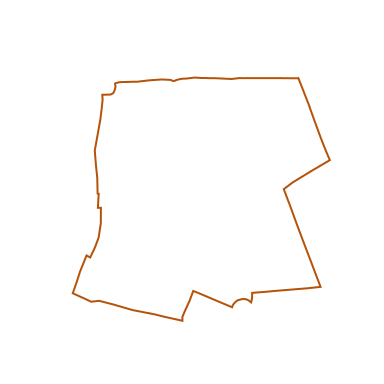 Bistret, Dolj, Romania (Robinson projection), rotated 75°
{"feature_id": "2599482B85941716233040", "entity_name": "Bistret", "entity_type": "district", "adm_level": 2, "iso_a3": "ROU", "parent_name": "Romania", "parent_adm1": "Dolj", "projection": "robinson", "projection_center": [23.492, 43.88], "detail": "fine", "context": "isolated", "style": "outline", "palette": "amber", "viewbox_px": 384, "rotation_deg": 75, "n_neighbors": 0, "source": "geoboundaries", "source_scale": "gbopen_adm2", "svg_char_len": 1713}
<svg xmlns="http://www.w3.org/2000/svg" viewBox="0 0 384 384"><g transform="rotate(75 192 192)"><path d="M313.9,163.5L310.7,161.7L309.0,161.1L305.0,160.0L305.2,158.9L307.8,144.8L308.7,139.3L314.8,105.8L316.2,97.0L316.5,95.0L316.9,92.4L287.1,95.4L266.7,97.5L250.3,99.1L227.4,101.1L227.1,101.2L213.0,102.6L208.7,92.0L205.7,81.7L202.3,70.2L197.0,51.0L196.9,50.6L192.9,51.2L187.0,52.0L175.0,53.4L167.8,54.1L163.1,54.5L155.5,55.2L148.2,55.8L139.7,56.5L139.7,56.4L132.4,57.2L117.2,58.9L109.5,59.8L109.6,60.1L108.9,62.8L104.0,80.4L96.0,110.2L95.6,112.0L94.2,116.8L93.6,121.1L93.0,125.0L92.5,126.2L91.8,128.6L90.1,133.8L88.0,140.4L86.9,144.6L85.7,148.5L85.2,150.2L84.8,151.8L84.2,153.8L83.4,156.0L82.7,158.3L82.2,159.5L81.6,163.6L81.0,167.8L80.6,169.8L80.1,171.9L79.9,174.4L79.8,175.7L79.8,176.7L79.8,178.5L80.0,179.0L80.2,180.6L79.5,182.0L78.9,182.9L78.4,183.3L78.1,183.9L77.6,185.4L77.0,187.3L76.1,190.2L75.5,192.0L73.6,201.7L72.8,206.1L72.2,210.3L71.3,216.4L70.6,219.1L70.3,220.0L69.9,221.9L69.4,224.1L67.4,232.4L67.2,233.9L67.1,235.0L67.1,236.9L67.3,238.2L67.9,238.5L70.1,238.5L73.0,239.9L76.1,242.4L76.8,245.3L74.9,253.5L79.5,254.4L79.8,254.5L87.2,257.3L98.8,262.0L126.8,275.2L141.0,277.8L154.0,279.9L169.1,283.6L169.6,282.6L182.9,287.0L183.7,284.1L198.7,288.2L202.5,289.9L211.7,293.9L220.2,299.9L228.9,307.3L226.0,310.3L240.0,320.8L249.0,326.6L259.0,333.4L268.3,322.0L271.9,317.8L273.1,309.8L278.6,300.1L280.0,297.6L290.7,279.9L300.7,259.4L305.1,251.5L313.9,234.6L311.1,233.8L310.3,233.7L305.5,230.0L296.6,222.6L287.9,216.4L290.3,213.2L313.7,183.1L312.1,182.0L310.6,180.4L309.2,178.0L308.4,175.8L308.4,171.5L308.9,169.2L309.8,167.2L311.4,165.3L313.9,163.5Z" fill="none" stroke="#b45309" stroke-width="2"/></g></svg>